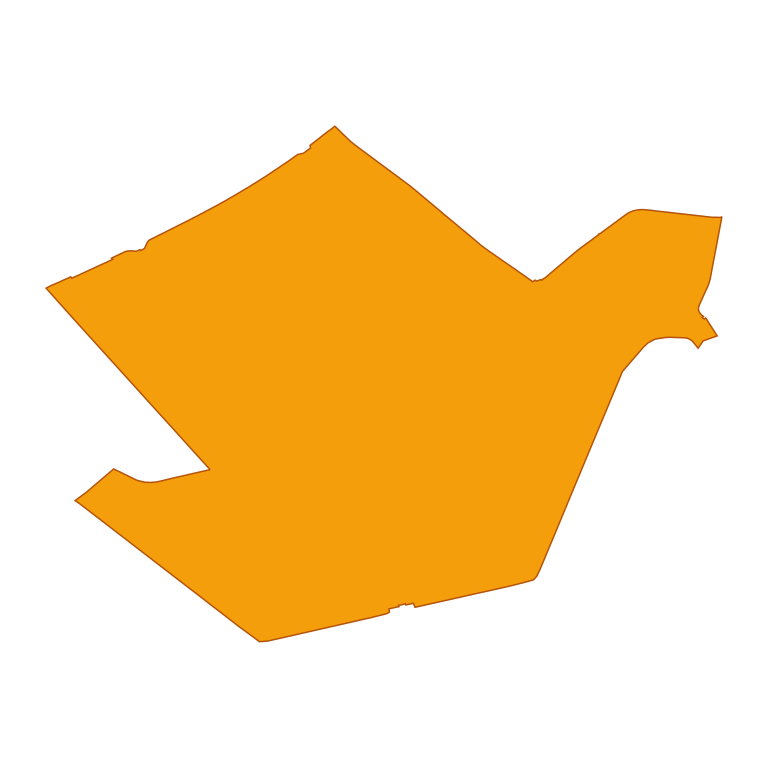 Zeewolde, Flevoland, Netherlands
{"feature_id": "6326949B99557124288359", "entity_name": "Zeewolde", "entity_type": "district", "adm_level": 2, "iso_a3": "NLD", "parent_name": "Netherlands", "parent_adm1": "Flevoland", "projection": "robinson", "projection_center": [5.473, 52.346], "detail": "fine", "context": "isolated", "style": "filled", "palette": "amber", "viewbox_px": 768, "rotation_deg": 0, "n_neighbors": 0, "source": "geoboundaries", "source_scale": "gbopen_adm2", "svg_char_len": 5535}
<svg xmlns="http://www.w3.org/2000/svg" viewBox="0 0 768 768"><path d="M75.1,500.6L80.0,504.0L117.8,533.1L126.4,539.7L130.1,542.6L180.8,581.7L181.5,582.2L207.3,602.1L209.8,604.1L211.9,605.7L221.2,612.8L239.1,626.7L249.0,633.9L259.5,641.7L267.5,641.1L309.4,631.6L362.2,619.6L371.6,617.5L386.6,613.7L389.5,612.1L388.9,608.9L399.0,606.6L398.6,605.3L401.7,604.8L403.6,604.3L405.4,603.8L405.9,605.0L413.4,603.3L415.0,607.3L472.9,594.3L503.6,587.5L510.2,586.0L526.6,581.8L533.6,579.8L536.8,576.2L539.7,570.1L543.6,560.9L558.6,524.9L574.3,487.0L580.2,472.9L591.4,446.0L602.0,420.6L609.7,402.2L619.7,378.2L622.4,371.5L643.6,347.0L647.8,343.0L655.1,339.1L662.2,338.0L664.1,337.7L666.5,337.4L667.3,337.4L668.2,337.3L669.3,337.3L670.1,337.3L670.7,337.3L684.1,337.8L685.2,337.9L686.1,338.0L686.9,338.2L688.0,338.5L689.2,339.0L690.1,339.5L690.7,339.8L691.2,340.2L691.7,340.6L692.3,341.1L692.7,341.5L693.0,341.9L694.9,344.2L696.5,346.2L698.1,348.2L703.2,340.9L704.2,340.5L717.2,335.9L712.3,328.2L707.8,321.3L707.3,320.5L707.0,320.0L707.0,319.9L706.7,319.4L706.2,318.6L705.8,318.3L705.6,318.0L704.2,319.0L702.1,317.4L703.4,316.4L702.7,315.9L701.9,315.3L701.3,314.7L700.7,314.0L700.3,313.6L699.8,312.9L699.4,312.3L699.1,311.6L698.8,310.9L698.6,310.1L698.5,309.2L698.5,308.3L698.5,307.7L698.7,306.8L699.0,306.0L699.3,305.1L701.5,300.2L704.9,292.6L706.8,288.5L707.5,287.0L708.1,285.4L708.6,284.2L708.8,283.5L709.3,282.2L709.7,280.7L710.1,279.2L710.4,277.7L710.7,276.3L710.9,275.2L711.4,272.4L711.9,269.7L714.2,257.4L714.3,256.8L714.4,256.7L715.2,252.1L716.1,247.7L716.6,244.9L718.0,237.4L721.0,221.6L721.2,220.5L721.2,220.2L721.3,219.8L721.9,216.5L721.8,216.8L721.7,216.8L721.6,217.0L721.4,217.1L721.2,217.3L720.9,217.3L720.7,217.4L719.0,217.4L716.1,217.3L714.1,217.3L713.2,217.3L712.2,217.3L711.3,217.2L710.5,217.1L706.9,216.7L688.5,214.6L676.7,213.3L675.4,213.2L674.7,213.1L674.2,213.0L673.7,212.9L673.2,212.9L670.9,212.6L659.1,211.3L650.9,210.3L650.7,210.3L649.0,210.1L648.8,210.1L647.9,210.0L645.7,209.8L644.8,209.7L643.9,209.7L643.0,209.6L642.0,209.6L641.1,209.6L640.2,209.7L639.3,209.7L638.3,209.8L637.4,210.0L636.6,210.1L635.7,210.3L634.8,210.5L634.2,210.6L633.4,210.8L632.6,211.1L631.9,211.4L631.1,211.6L630.4,212.0L629.6,212.3L628.9,212.7L628.1,213.1L627.4,213.5L625.8,214.7L623.8,216.1L621.1,218.1L619.8,219.1L618.8,219.8L616.3,221.7L611.9,224.9L605.0,230.0L600.7,233.2L600.5,233.3L598.9,234.0L598.7,234.1L598.6,234.4L598.6,234.6L598.5,234.8L598.0,235.1L591.1,240.3L585.1,244.7L584.2,245.4L580.2,248.3L579.2,249.1L578.3,249.8L577.3,250.6L576.3,251.4L575.4,252.1L574.6,252.8L564.3,261.5L562.5,263.1L560.8,264.5L559.4,265.7L557.8,267.0L544.8,278.1L544.3,278.1L544.1,278.2L542.3,279.6L542.2,279.7L541.9,280.2L541.1,279.7L540.8,279.6L540.4,279.7L537.6,280.8L537.2,280.9L536.7,281.0L536.3,280.9L536.1,280.9L535.9,280.7L535.0,280.1L532.9,281.8L516.6,270.3L516.3,270.1L516.2,270.0L506.9,263.6L496.5,256.4L491.6,252.9L489.6,251.6L484.6,248.0L483.5,247.2L482.5,246.4L481.4,245.6L480.4,244.8L479.6,244.1L478.9,243.5L478.3,242.9L467.1,233.5L459.6,227.3L452.2,221.1L446.1,216.0L445.8,215.8L445.6,215.7L442.3,212.9L442.2,212.7L441.9,212.5L435.6,207.2L428.2,201.0L420.8,194.8L413.7,188.9L411.0,186.7L409.1,185.2L404.4,181.7L393.0,173.2L381.6,164.8L370.2,156.3L359.0,148.0L355.0,145.0L354.2,144.3L353.3,143.7L352.5,143.0L351.7,142.3L350.7,141.5L348.8,139.8L341.5,132.7L335.1,126.4L334.9,126.3L334.7,126.3L332.5,128.1L330.6,129.5L327.4,131.8L325.6,133.2L316.3,140.5L310.0,145.4L310.6,147.9L303.5,153.2L297.7,154.5L291.9,158.6L288.2,161.3L287.2,161.9L283.5,164.4L281.4,165.8L278.7,167.7L276.4,169.2L272.8,171.6L269.5,173.8L265.8,176.3L263.7,177.6L261.8,178.8L259.0,180.6L257.3,181.7L256.5,182.2L255.2,183.0L253.0,184.3L250.7,185.8L248.4,187.2L245.8,188.7L243.0,190.4L240.0,192.2L239.3,192.6L237.0,194.0L234.5,195.5L232.0,196.9L229.5,198.3L227.0,199.8L224.6,201.2L222.0,202.6L219.5,204.0L217.0,205.4L214.5,206.7L211.9,208.1L209.4,209.5L206.8,210.8L204.3,212.2L201.7,213.5L199.2,214.9L194.1,217.5L191.4,218.9L188.9,220.2L186.3,221.5L183.7,222.8L181.1,224.1L178.5,225.4L175.9,226.8L173.3,228.0L170.8,229.3L169.2,230.1L167.8,230.8L164.7,232.4L161.4,234.0L158.3,235.5L155.3,237.1L152.6,238.4L150.2,239.6L149.6,239.9L148.6,240.7L148.1,241.2L147.8,241.6L147.5,242.0L147.3,242.4L146.3,244.5L145.0,247.3L144.7,248.1L144.2,248.6L143.7,248.9L140.9,250.5L139.9,249.6L137.7,250.8L136.7,251.1L135.7,251.2L134.7,251.1L132.3,250.9L129.8,250.9L129.7,250.9L127.7,251.0L126.2,251.3L124.6,251.9L122.3,253.0L119.4,254.4L116.1,255.9L111.5,258.2L111.6,258.3L112.7,259.4L112.0,259.7L86.6,271.4L76.2,276.2L72.8,277.7L71.9,278.2L71.6,277.9L70.9,276.9L70.4,277.0L68.7,277.8L65.5,279.2L62.3,280.6L59.8,281.8L55.2,283.8L53.5,284.5L51.5,285.4L49.9,286.2L48.3,287.0L46.7,287.8L46.1,288.2L52.8,295.7L56.5,299.8L57.5,301.0L60.2,304.0L60.7,304.5L68.1,312.8L78.5,324.4L86.3,333.0L95.4,343.0L104.5,353.1L113.5,363.0L117.9,367.9L121.9,372.3L122.6,373.1L126.7,377.6L131.6,383.0L149.3,402.6L157.3,411.4L167.1,422.2L176.0,432.0L185.0,442.0L203.4,462.3L203.8,462.7L208.4,467.8L209.0,468.3L209.3,468.5L209.7,469.7L172.5,478.2L159.3,481.4L157.9,481.6L156.8,481.9L155.4,482.1L154.2,482.2L152.6,482.3L151.5,482.4L149.4,482.4L147.7,482.3L146.2,482.2L145.4,482.5L145.2,482.5L144.5,482.0L143.2,481.8L142.9,481.8L142.2,481.6L140.1,481.1L137.7,480.5L136.1,479.9L134.2,479.0L132.4,478.1L130.5,477.2L121.6,472.8L121.4,472.7L119.7,471.8L117.8,471.0L113.7,468.9L113.2,469.3L112.8,469.7L112.1,470.3L101.2,479.6L91.8,487.6L85.8,492.7L80.6,496.5L75.1,500.6Z" fill="#f59e0b" stroke="#b45309" stroke-width="1.5"/></svg>